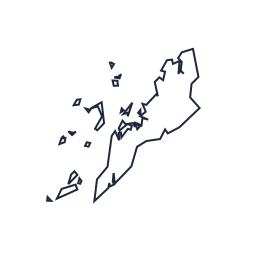 Kawthoung, Tanintharyi, Myanmar (Robinson projection), rotated 22°
{"feature_id": "60261553B98033082841224", "entity_name": "Kawthoung", "entity_type": "district", "adm_level": 2, "iso_a3": "MMR", "parent_name": "Myanmar", "parent_adm1": "Tanintharyi", "projection": "robinson", "projection_center": [98.408, 10.778], "detail": "medium", "context": "isolated", "style": "outline", "palette": "slate", "viewbox_px": 256, "rotation_deg": 22, "n_neighbors": 0, "source": "geoboundaries", "source_scale": "gbopen_adm2", "svg_char_len": 1891}
<svg xmlns="http://www.w3.org/2000/svg" viewBox="0 0 256 256"><g transform="rotate(22 128 128)"><path d="M186.9,82.7L174.1,76.3L170.4,63.2L174.2,54.3L158.6,30.3L149.5,37.7L148.3,44.5L153.0,46.5L155.4,55.1L159.4,56.7L154.8,55.4L154.5,59.0L150.7,46.5L145.7,51.7L143.2,48.1L138.7,50.6L137.2,62.4L141.3,61.9L142.6,70.5L138.1,69.3L135.6,75.3L143.7,87.3L141.6,86.0L136.3,99.7L132.4,100.1L138.3,106.3L134.9,112.5L143.6,112.7L137.7,113.4L139.6,120.7L133.7,120.1L138.3,122.4L137.1,125.7L131.9,119.7L134.1,124.4L130.6,121.7L126.1,124.3L130.7,124.6L131.2,128.6L128.2,128.8L125.4,139.3L123.0,134.8L121.3,136.1L124.4,142.7L117.2,135.7L115.9,141.5L123.5,171.6L118.5,187.3L124.2,208.4L132.2,191.1L131.3,186.0L133.1,189.0L136.4,185.4L134.1,183.8L131.5,175.1L136.6,184.4L145.5,162.2L143.4,142.1L149.9,133.2L161.9,126.2L162.9,115.4L166.9,118.1L175.3,108.2L186.9,82.7ZM93.9,114.0L85.8,124.2L91.9,119.2L99.6,126.9L97.7,141.1L100.4,141.6L104.0,132.5L93.9,114.0ZM100.6,200.1L89.3,209.3L88.5,220.2L104.0,204.0L100.6,200.1ZM123.4,117.2L122.5,102.9L118.5,116.8L121.7,114.2L123.4,117.2ZM120.2,123.3L119.5,131.7L121.1,133.4L125.3,125.9L120.2,123.3ZM94.6,188.2L92.7,192.4L93.7,202.4L98.6,190.4L94.6,188.2ZM73.1,119.2L70.0,121.0L69.1,127.2L73.6,124.8L73.1,119.2ZM71.1,162.3L71.4,159.2L70.1,162.0L70.5,168.6L74.6,164.9L73.7,160.7L71.1,162.3ZM84.2,224.3L79.3,222.1L80.3,225.7L84.2,224.3ZM100.5,88.2L95.9,89.7L99.0,94.2L102.8,92.5L100.5,88.2ZM101.4,80.7L100.0,83.8L96.3,86.3L101.5,85.1L101.4,80.7ZM81.0,150.9L79.0,153.0L74.0,153.6L78.8,155.5L81.0,150.9ZM98.6,156.1L95.1,156.7L94.9,160.7L98.4,160.0L98.6,156.1ZM134.8,111.2L132.7,106.6L131.7,110.2L134.8,111.2ZM86.2,125.2L81.4,125.8L85.6,128.2L86.2,125.2ZM91.0,73.9L87.7,73.6L86.7,74.2L90.3,78.3L91.0,73.9ZM101.8,192.8L102.5,197.9L104.6,197.6L104.7,194.5L101.8,192.8ZM117.4,113.2L114.8,112.1L115.4,116.1L117.4,113.2Z" fill="none" stroke="#1e293b" stroke-width="2"/></g></svg>